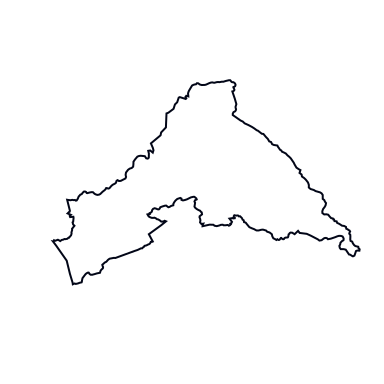 Tonayán, Veracruz, Mexico, rotated 75°
{"feature_id": "50627088B6451508023374", "entity_name": "Tonayán", "entity_type": "district", "adm_level": 2, "iso_a3": "MEX", "parent_name": "Mexico", "parent_adm1": "Veracruz", "projection": "natural_earth1", "projection_center": [-96.914, 19.72], "detail": "fine", "context": "isolated", "style": "outline", "palette": "ink", "viewbox_px": 384, "rotation_deg": 75, "n_neighbors": 0, "source": "geoboundaries", "source_scale": "gbopen_adm2", "svg_char_len": 6004}
<svg xmlns="http://www.w3.org/2000/svg" viewBox="0 0 384 384"><g transform="rotate(75 192 192)"><path d="M203.7,339.1L208.6,337.1L225.9,330.8L239.5,331.1L248.6,330.8L250.3,331.0L250.0,329.0L250.7,328.1L250.8,325.8L250.6,324.0L250.7,322.0L249.9,321.5L249.1,321.2L246.9,320.1L243.8,316.1L243.2,314.8L242.9,313.2L243.2,312.6L244.6,312.2L245.7,311.3L246.1,309.9L246.1,307.1L246.0,305.1L246.2,301.8L244.3,300.6L243.5,299.5L242.7,297.9L241.5,297.3L240.4,297.5L239.1,297.5L237.5,294.4L237.2,292.8L235.8,290.7L235.1,288.9L235.4,284.5L235.9,283.1L234.1,262.8L233.9,259.5L233.2,255.8L233.5,254.7L232.8,253.6L232.4,252.4L231.7,251.8L231.8,250.2L231.6,248.9L231.4,248.3L231.3,247.0L230.8,245.8L229.5,244.7L229.8,243.5L229.7,242.7L221.6,244.6L216.0,230.1L213.6,224.7L212.7,225.9L213.0,227.0L212.9,228.3L212.6,229.4L211.0,230.5L209.7,231.8L209.2,232.9L208.2,233.6L207.1,234.9L207.0,236.0L206.5,237.7L205.4,239.2L204.6,240.0L203.7,240.4L202.1,240.8L202.1,239.7L202.5,239.2L202.3,238.3L201.4,238.3L201.2,237.0L200.6,235.9L199.2,235.2L198.2,233.9L198.0,232.3L198.7,231.1L199.8,229.7L200.2,228.6L199.8,227.7L198.5,226.5L198.3,224.2L198.2,221.8L198.4,220.5L200.6,218.8L200.6,217.5L200.1,216.0L200.0,214.9L200.0,213.5L198.5,213.0L197.1,211.6L196.0,210.2L194.9,208.0L194.7,204.9L195.6,203.9L196.9,204.2L197.8,202.9L197.9,200.9L197.8,198.9L196.9,194.4L197.0,191.8L197.3,190.9L199.3,189.5L200.4,189.4L200.8,191.3L201.9,192.1L203.2,191.8L206.8,193.4L208.0,193.0L209.6,191.9L211.1,190.4L212.2,189.0L213.3,188.6L214.2,187.9L216.2,188.1L217.4,190.9L218.4,191.3L219.8,191.1L221.5,191.2L223.5,192.1L225.3,191.2L225.5,189.3L226.7,190.4L227.8,190.7L228.1,183.4L229.2,179.8L230.4,179.0L231.4,176.9L231.4,174.3L231.2,172.5L231.6,170.7L232.3,170.1L232.8,168.3L233.1,165.9L234.1,165.1L233.9,164.0L233.2,162.8L232.5,163.1L232.2,162.0L231.2,161.1L227.4,162.7L227.7,159.2L228.2,159.0L228.5,156.7L227.4,158.4L226.0,157.8L225.4,157.1L226.2,155.6L226.4,154.3L226.8,153.4L227.7,153.0L227.9,151.8L230.2,150.5L231.8,150.3L232.7,149.4L234.6,149.5L235.0,148.7L235.6,148.0L237.1,147.4L240.8,145.7L242.6,143.5L243.9,141.7L245.8,139.7L246.4,137.7L246.4,134.9L246.7,133.2L248.4,130.4L249.8,129.7L251.2,127.5L253.5,125.8L255.6,125.9L257.8,125.4L258.7,124.3L260.2,122.9L259.7,121.8L260.4,121.2L260.8,120.6L260.8,119.9L260.0,118.8L259.4,118.0L259.5,117.6L260.3,117.3L261.1,116.4L261.3,115.8L261.2,115.3L260.8,115.0L260.5,114.5L260.3,113.9L260.3,113.1L260.5,112.4L260.6,111.7L260.6,111.1L259.7,110.4L258.7,110.0L257.9,109.6L257.6,108.8L257.0,108.3L256.7,107.4L257.2,105.8L259.3,103.8L257.0,99.6L259.4,98.6L262.1,92.0L264.9,88.6L270.3,82.7L271.9,81.5L272.1,79.3L271.4,77.7L270.8,76.1L271.0,74.5L271.8,73.4L272.8,72.9L273.0,69.9L272.7,65.4L272.4,63.1L272.4,61.3L273.0,59.4L273.9,58.1L275.2,57.7L276.5,57.6L277.8,58.2L278.3,59.9L279.4,61.7L281.1,62.5L282.2,63.6L284.2,63.7L285.7,63.1L286.5,60.2L287.5,58.4L293.0,56.5L293.5,55.4L294.9,54.2L295.8,53.2L295.5,51.6L293.5,50.2L291.5,48.9L291.3,47.5L292.0,45.5L290.7,44.9L289.2,45.7L287.9,45.6L286.5,48.2L285.1,49.2L283.2,49.9L281.4,50.1L280.3,51.5L278.8,51.4L275.8,50.5L274.3,50.2L273.0,50.9L271.9,50.3L271.1,49.5L270.0,49.8L269.1,50.8L268.3,51.3L267.4,52.5L265.6,52.3L264.2,53.8L263.3,55.9L262.2,56.8L260.7,58.2L259.4,59.8L257.8,59.9L257.0,61.9L255.3,61.9L255.1,62.6L254.1,62.7L253.2,64.4L251.1,65.5L249.2,66.3L248.3,68.0L247.9,70.1L246.1,71.5L244.3,71.1L242.4,69.8L240.6,67.5L239.4,66.4L237.4,65.4L235.7,66.1L234.1,66.3L232.5,67.5L228.7,66.5L226.8,67.2L225.5,68.4L223.1,72.4L221.6,73.8L219.8,76.7L217.9,78.0L215.4,77.3L212.8,77.5L209.5,78.9L207.5,80.1L205.5,81.8L203.5,81.6L201.4,83.2L198.9,81.6L197.8,82.8L195.5,84.8L191.9,85.8L190.1,86.1L185.0,87.9L183.1,89.0L181.3,90.3L179.1,91.4L177.3,93.4L176.4,94.6L175.0,95.0L173.9,96.1L172.5,96.5L170.8,97.2L169.2,97.5L167.8,100.7L166.6,102.2L164.2,102.7L163.1,104.3L160.4,105.0L157.9,106.4L154.4,108.0L153.8,109.5L149.8,112.5L149.1,113.5L146.8,115.3L144.7,117.2L142.0,120.1L139.3,123.4L137.1,124.7L135.5,126.6L128.2,132.7L126.8,132.3L125.6,131.2L125.2,129.4L124.5,128.6L123.4,128.0L122.0,128.1L121.0,127.9L118.6,126.4L113.0,126.5L105.3,127.0L105.3,126.0L105.0,125.3L104.3,124.6L102.8,124.7L101.8,125.0L101.3,124.8L101.3,123.9L100.9,122.9L99.8,122.2L98.4,122.3L97.4,122.9L96.6,123.7L96.3,124.8L95.9,125.3L94.0,126.1L93.6,127.3L93.5,130.5L93.6,133.2L93.2,134.5L93.0,137.1L92.5,138.4L92.3,139.7L92.3,141.8L92.0,142.9L91.4,144.0L91.2,145.3L91.3,147.0L91.9,150.5L91.9,151.8L91.2,154.9L90.2,156.6L88.6,157.9L88.2,159.1L89.0,160.3L88.8,161.7L88.9,163.1L89.2,164.4L93.5,168.8L94.7,169.7L96.0,170.4L97.7,170.6L98.7,170.8L97.6,172.6L98.5,173.7L100.1,173.3L100.5,174.0L97.2,179.2L97.4,180.4L101.5,183.1L103.0,185.8L106.9,188.3L109.3,194.3L109.5,196.3L122.9,200.5L126.5,206.4L129.1,207.7L134.4,219.1L139.2,218.4L141.7,218.4L143.8,219.7L141.1,221.6L140.9,223.6L143.7,223.7L147.5,224.8L148.0,225.3L148.3,226.1L147.6,227.5L145.2,228.3L143.7,232.2L143.5,233.9L143.7,235.6L145.8,238.6L147.6,240.7L150.0,241.4L152.3,242.3L153.2,244.0L153.3,246.1L154.0,248.0L156.1,250.7L158.3,251.7L160.4,251.8L161.7,252.8L162.8,257.9L162.5,259.7L161.3,260.8L161.6,261.9L163.5,263.2L164.0,264.4L164.5,266.8L165.3,268.4L166.9,270.7L167.1,271.6L166.8,272.4L166.1,273.3L166.1,274.2L166.9,274.7L167.6,275.9L168.6,278.3L170.2,281.1L170.5,282.5L170.3,284.2L169.5,285.5L168.5,286.6L166.6,287.7L166.2,288.8L166.0,290.5L166.0,291.6L166.0,293.5L165.7,294.0L164.6,294.3L163.9,295.1L163.6,296.2L164.2,297.4L165.5,299.1L165.7,300.6L166.5,301.7L167.0,302.6L169.0,304.1L170.3,305.6L170.3,306.4L169.4,307.1L169.3,308.2L168.6,309.7L168.5,311.5L167.7,313.5L167.2,314.6L178.5,314.8L179.4,315.3L179.5,316.0L180.5,317.7L182.7,314.9L183.4,316.3L184.7,316.2L185.2,313.0L186.4,313.1L190.0,314.5L190.4,315.2L192.6,315.2L194.2,314.3L196.5,317.4L197.7,317.6L199.8,318.9L201.0,319.1L202.5,320.0L204.3,322.6L204.1,322.9L204.5,323.8L204.9,324.5L204.8,326.4L204.4,327.4L204.7,328.7L204.6,330.3L205.3,332.0L204.5,332.7L203.4,333.9L203.7,336.8L202.9,337.7L204.0,338.4L203.7,339.1Z" fill="none" stroke="#020617" stroke-width="2"/></g></svg>